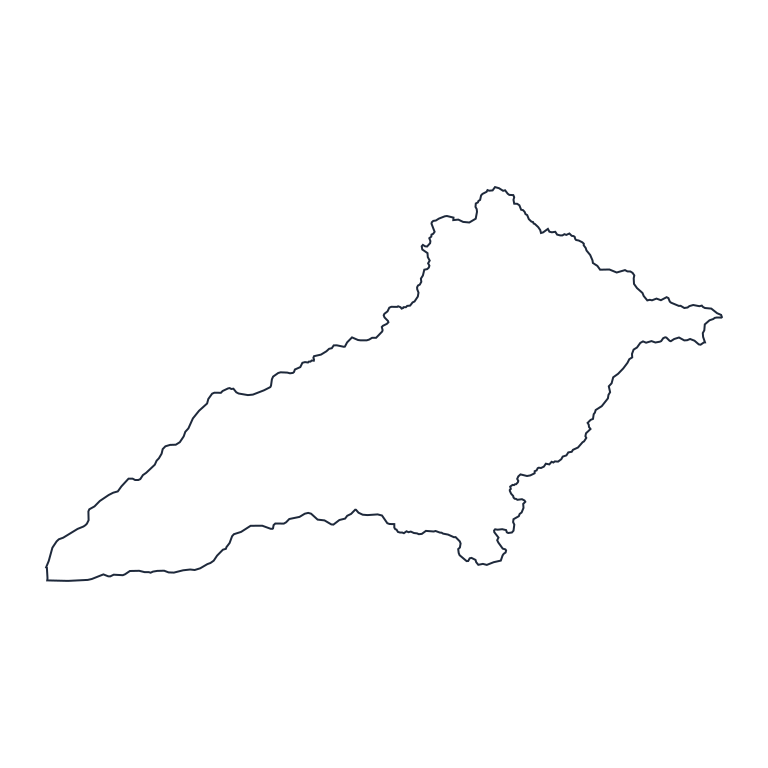 outline of Villahermosa, Tolima, Colombia
{"feature_id": "7082276B2838596576058", "entity_name": "Villahermosa", "entity_type": "district", "adm_level": 2, "iso_a3": "COL", "parent_name": "Colombia", "parent_adm1": "Tolima", "projection": "orthographic", "projection_center": [-75.108, 4.977], "detail": "fine", "context": "isolated", "style": "outline", "palette": "slate", "viewbox_px": 768, "rotation_deg": 0, "n_neighbors": 0, "source": "geoboundaries", "source_scale": "gbopen_adm2", "svg_char_len": 6105}
<svg xmlns="http://www.w3.org/2000/svg" viewBox="0 0 768 768"><path d="M47.2,580.4L68.0,580.9L87.8,579.9L91.8,579.0L103.4,574.4L108.2,576.3L110.2,576.4L113.7,574.7L122.8,575.2L125.0,574.3L129.9,571.0L139.2,570.8L144.5,572.1L148.7,572.1L150.6,572.7L153.0,571.6L157.3,570.9L164.1,570.7L168.6,572.4L173.9,572.6L183.1,570.3L190.2,569.5L194.7,570.0L200.2,568.3L207.4,564.1L210.4,563.0L213.7,560.7L217.1,555.6L222.9,549.7L225.9,548.8L226.4,547.2L229.6,543.0L232.1,536.2L233.9,534.2L241.1,531.9L250.6,525.8L262.2,525.7L270.7,528.8L272.5,528.8L273.0,528.4L273.6,525.1L275.3,523.5L283.8,523.6L286.1,522.3L289.3,519.0L299.5,516.9L304.8,513.7L308.2,512.9L311.1,513.7L317.6,519.6L324.5,520.4L331.3,524.4L333.4,524.6L339.4,520.0L345.1,518.6L347.2,515.8L351.1,513.9L355.2,509.7L356.0,509.8L358.5,512.7L362.7,514.7L367.5,515.1L377.6,514.4L382.0,515.5L387.3,523.2L389.5,524.0L394.3,524.1L394.3,527.6L395.3,529.2L396.5,529.6L397.9,531.9L399.9,532.5L402.1,532.5L403.9,533.2L406.5,531.3L408.5,532.2L410.8,531.6L413.9,533.0L417.1,533.4L418.8,534.2L421.8,533.9L425.9,530.9L433.7,531.5L435.6,531.0L439.9,532.6L441.6,532.7L443.0,533.6L448.1,534.6L453.9,537.2L455.6,537.1L459.8,541.4L460.6,543.5L459.9,547.5L458.2,549.1L458.7,553.0L459.6,555.2L466.6,561.1L468.2,561.0L469.7,558.3L471.5,557.9L475.5,559.9L476.2,562.2L478.3,564.8L482.9,563.9L486.8,564.9L493.7,562.2L500.8,560.6L502.6,555.4L503.7,553.8L505.6,552.5L506.1,550.4L505.4,549.4L502.7,548.6L498.3,542.5L497.2,540.2L498.5,537.6L494.3,532.2L494.1,530.5L495.1,529.3L497.6,529.7L502.2,529.2L506.1,530.1L506.8,532.3L508.2,533.0L511.9,532.5L513.5,530.7L514.3,524.6L513.1,522.1L513.5,519.2L518.8,516.2L519.7,513.9L521.6,512.5L523.5,507.9L523.2,503.9L525.3,501.8L524.5,500.5L522.0,499.2L517.4,499.8L516.0,498.9L514.6,498.7L513.5,497.5L513.2,496.0L511.1,493.7L509.8,490.8L509.8,489.9L510.8,488.9L510.2,486.6L512.6,484.9L514.0,485.1L514.9,484.3L516.1,484.2L517.8,482.4L518.3,480.9L517.2,478.9L518.3,476.4L520.5,474.4L527.0,476.0L530.3,475.4L534.6,473.3L534.7,471.2L536.6,470.4L537.7,468.2L538.8,467.7L541.0,468.0L543.9,466.6L545.8,463.7L549.3,464.4L551.6,461.8L553.4,462.5L554.8,461.4L558.1,461.6L561.3,459.2L562.7,456.6L566.4,455.4L568.3,452.4L571.7,451.8L573.0,449.8L578.0,447.5L582.6,442.2L584.0,441.4L586.3,437.9L585.4,436.2L586.0,433.3L590.5,429.0L589.0,427.0L588.7,424.6L587.6,422.9L590.6,419.9L593.0,418.9L593.7,414.2L594.9,412.6L595.7,410.0L601.8,406.1L607.9,398.4L608.5,394.8L610.1,392.2L608.8,386.3L611.6,383.3L613.2,377.3L618.1,373.8L623.2,368.5L627.5,362.8L629.3,359.2L632.2,357.4L632.0,353.9L633.6,349.6L637.0,347.5L640.3,342.9L643.0,341.4L646.1,342.7L651.5,341.1L655.4,342.5L659.8,341.7L661.2,341.1L663.2,338.2L665.2,337.3L666.4,337.6L669.6,340.8L670.8,341.2L674.2,339.0L679.0,337.5L684.3,340.4L687.2,340.2L690.1,339.0L694.5,340.7L698.8,344.4L700.6,344.7L703.8,342.5L705.0,342.4L703.1,336.9L702.8,333.1L704.3,330.3L704.8,324.4L709.5,320.3L713.3,319.0L714.7,317.9L716.9,317.5L721.4,317.6L721.9,317.1L721.1,314.9L717.1,313.2L711.3,308.6L704.9,308.0L702.9,306.9L701.8,305.6L699.4,306.2L693.2,305.0L689.4,306.1L687.6,307.5L684.3,308.0L680.6,305.8L678.8,305.9L671.1,302.7L669.8,301.6L668.4,298.1L666.6,297.2L660.9,300.2L656.5,298.6L652.0,300.3L649.8,299.8L647.3,300.4L643.7,296.0L642.5,293.0L637.0,288.1L634.0,283.9L633.7,278.3L634.3,275.4L632.6,272.9L630.4,271.5L627.4,271.4L625.0,270.1L616.7,272.5L609.4,269.5L600.1,269.7L597.4,265.9L592.9,263.0L592.5,260.4L590.2,255.0L586.5,250.5L585.7,248.0L583.7,245.3L583.8,243.7L582.3,242.3L578.7,240.5L576.1,240.0L575.2,238.9L574.7,236.9L573.6,236.1L571.7,235.8L569.4,233.5L566.3,234.9L564.4,234.2L562.4,235.4L560.2,235.4L557.1,234.6L555.3,231.8L551.9,232.3L549.4,231.7L547.9,228.9L543.1,232.4L541.0,233.0L540.2,230.0L538.2,227.1L534.9,224.0L533.6,223.5L533.1,222.1L531.4,221.6L528.8,219.1L527.2,215.1L525.5,214.1L524.7,212.0L523.1,210.2L521.1,209.7L519.4,205.3L517.2,203.8L514.2,203.7L513.5,199.8L514.2,197.2L513.3,195.1L509.3,194.9L507.7,193.7L505.1,190.3L503.1,190.8L499.0,188.2L495.0,187.1L492.6,190.4L489.1,190.7L487.5,190.1L486.6,191.8L482.5,193.9L481.1,195.4L480.1,199.9L478.5,200.9L477.9,202.4L475.8,203.5L475.5,206.9L476.7,209.1L477.0,211.8L475.7,218.7L469.3,222.5L463.1,221.9L458.3,219.6L453.3,220.1L453.5,217.6L446.9,216.0L444.8,216.3L438.9,218.6L435.9,220.5L433.3,220.9L431.8,222.3L431.5,223.7L434.6,231.8L433.2,233.8L431.5,234.6L431.3,236.6L429.3,238.2L430.4,241.1L430.1,243.2L427.1,246.5L425.1,246.3L422.9,244.9L421.7,246.3L422.3,249.5L427.5,253.1L427.8,257.1L429.7,260.6L428.1,263.3L429.4,265.7L428.8,267.6L427.2,269.1L424.3,269.7L422.9,275.5L420.9,278.6L421.3,281.8L419.8,284.6L418.0,285.5L417.1,287.3L417.2,289.2L418.5,292.7L417.8,296.6L414.5,301.5L412.6,302.4L410.1,305.6L407.2,305.9L405.9,307.2L403.5,307.2L403.1,308.0L401.6,308.6L400.5,307.2L398.1,306.3L397.2,306.9L391.3,306.8L389.3,307.7L387.5,311.4L384.4,313.8L383.7,315.3L384.5,317.4L388.0,321.0L388.4,322.3L386.8,323.9L382.9,325.8L381.8,327.0L382.6,330.1L382.2,331.5L376.1,337.8L372.1,337.8L369.1,339.6L366.8,340.3L360.3,340.3L358.0,340.0L352.0,337.4L347.1,342.4L344.9,346.6L343.9,346.8L336.7,345.3L333.7,345.4L331.8,348.2L329.1,348.8L326.4,351.3L321.0,354.6L314.0,356.2L313.4,357.8L314.0,359.5L313.8,360.7L311.7,360.5L310.5,361.6L308.9,361.6L308.0,362.5L305.0,362.1L302.4,362.8L300.3,367.1L294.9,369.5L294.0,372.0L292.9,372.9L290.0,373.3L287.3,372.6L280.6,372.3L278.2,373.0L273.1,376.6L271.9,379.3L271.0,385.7L270.3,387.1L264.0,390.3L252.9,394.6L247.9,395.1L238.6,393.5L236.3,392.3L233.4,388.7L231.3,389.0L229.7,388.1L228.1,388.4L222.6,391.0L220.9,392.8L214.4,392.7L212.1,393.7L208.3,399.0L207.1,403.5L199.1,410.7L192.9,418.4L188.4,428.4L185.3,431.8L183.7,436.4L179.8,442.2L175.8,444.7L170.1,444.9L165.4,446.3L162.7,449.1L161.6,453.7L158.9,458.3L156.6,460.7L154.8,464.7L146.2,472.8L142.9,475.1L140.3,479.1L138.3,480.0L135.1,480.0L132.7,478.7L128.5,478.7L121.4,486.4L117.8,491.4L113.2,492.7L108.7,495.0L99.8,501.0L94.5,506.4L89.3,509.3L88.4,511.4L88.6,520.2L86.9,523.7L85.4,525.2L83.5,526.5L77.6,528.9L63.2,537.7L58.8,539.3L56.6,541.4L52.4,547.7L48.7,561.1L46.1,567.4L46.9,567.8L47.5,578.3L47.2,580.4Z" fill="none" stroke="#1e293b" stroke-width="2"/></svg>